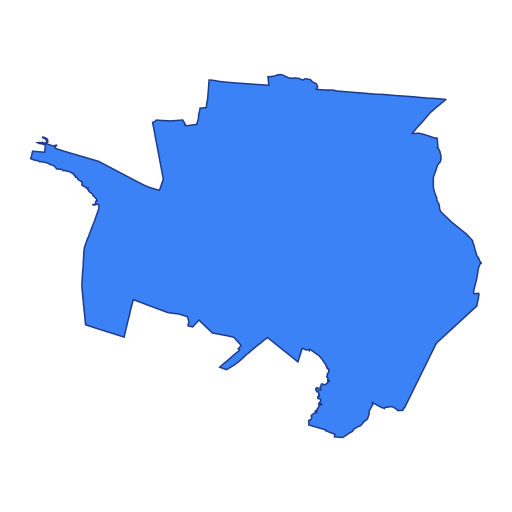 the district of Varvoru De Jos, Dolj, Romania
{"feature_id": "2599482B75592269034356", "entity_name": "Varvoru De Jos", "entity_type": "district", "adm_level": 2, "iso_a3": "ROU", "parent_name": "Romania", "parent_adm1": "Dolj", "projection": "equal_earth", "projection_center": [23.577, 44.231], "detail": "fine", "context": "isolated", "style": "filled", "palette": "blue", "viewbox_px": 512, "rotation_deg": 0, "n_neighbors": 0, "source": "geoboundaries", "source_scale": "gbopen_adm2", "svg_char_len": 5903}
<svg xmlns="http://www.w3.org/2000/svg" viewBox="0 0 512 512"><path d="M124.1,337.1L128.0,320.7L129.4,315.3L130.9,308.6L133.4,299.5L135.0,300.3L167.0,312.3L169.5,312.9L178.3,313.9L187.3,316.6L188.0,318.4L188.9,321.7L188.7,322.8L187.9,325.1L188.3,325.9L192.7,326.9L198.9,320.1L212.4,333.0L227.4,335.8L233.5,337.2L234.0,337.4L241.2,345.5L238.2,348.8L239.7,350.0L239.6,350.3L235.3,353.7L226.2,361.6L223.8,363.5L219.7,367.2L226.5,369.7L233.9,365.2L238.5,361.9L242.7,358.2L246.9,354.1L248.6,353.0L250.9,350.9L257.9,345.1L260.0,343.6L264.1,340.0L265.6,338.9L265.9,338.9L267.5,337.5L297.9,361.9L302.2,348.4L304.4,349.1L306.2,350.1L307.1,349.7L308.4,349.8L308.8,349.9L309.2,350.4L309.2,349.7L310.0,349.4L319.0,355.6L321.3,358.4L321.6,358.6L326.0,365.1L326.2,366.4L326.8,366.8L327.0,367.2L326.8,367.8L327.1,368.0L327.5,368.8L328.4,368.7L328.9,369.0L329.0,369.6L328.6,370.5L328.8,371.8L328.4,372.6L327.3,373.9L327.5,375.5L326.7,376.4L326.7,376.8L328.0,378.2L327.6,380.4L327.7,380.6L328.1,380.8L329.0,380.3L329.3,380.7L329.3,381.3L329.0,381.7L327.8,382.0L327.4,382.3L327.4,383.0L327.1,383.4L325.7,384.2L324.6,385.0L324.2,385.0L323.2,384.2L322.4,383.9L321.6,384.0L321.3,384.3L321.0,385.1L321.2,386.2L320.1,387.1L319.9,387.7L320.0,388.1L321.1,389.0L321.1,389.6L320.7,390.1L320.3,390.3L319.4,390.1L318.9,389.6L318.0,388.1L317.6,387.8L316.7,387.8L316.0,388.4L315.7,389.8L316.3,390.2L316.7,391.7L317.7,391.5L318.1,391.8L318.6,393.3L318.9,393.6L318.6,395.0L319.3,395.4L319.3,395.8L319.1,396.1L317.7,397.0L317.7,398.3L318.2,398.7L320.1,399.0L320.6,399.3L320.7,399.6L320.7,401.2L320.6,401.5L319.8,402.0L318.9,403.4L321.1,403.6L321.7,404.1L321.9,404.6L321.6,404.9L320.6,404.9L319.8,404.5L319.0,404.8L318.8,405.3L319.0,406.3L318.9,406.6L318.1,408.0L317.3,408.4L317.2,410.2L317.0,410.4L315.3,410.9L315.2,411.2L315.5,411.5L316.8,412.0L316.8,412.5L316.4,412.8L315.1,412.8L314.6,413.0L312.6,414.3L311.2,415.6L311.2,416.2L311.8,417.4L311.3,418.8L310.3,420.0L308.9,420.2L308.6,420.6L308.9,422.6L308.8,425.0L325.7,429.9L325.6,430.7L325.9,430.8L333.3,433.7L335.0,434.2L334.4,436.8L342.7,437.5L347.8,434.2L349.0,433.2L352.3,431.5L352.9,430.8L353.5,429.5L354.3,428.8L357.2,427.1L360.6,425.7L363.6,422.3L364.0,421.4L366.5,420.0L367.6,418.5L368.8,415.2L369.2,413.4L369.1,412.2L369.3,411.2L370.3,409.0L373.0,404.0L372.4,403.3L372.3,402.5L381.7,407.6L384.1,408.2L384.4,408.4L384.4,408.0L384.5,407.8L385.8,407.3L389.1,407.0L389.8,406.7L392.2,406.7L394.1,407.7L396.5,409.3L398.3,410.8L398.9,410.4L401.9,410.5L402.7,410.3L403.6,408.9L404.2,407.6L404.6,407.7L435.9,344.1L437.1,342.5L477.0,305.8L477.0,304.3L478.3,298.9L478.9,294.7L478.9,293.9L478.8,293.6L478.4,293.3L474.6,293.7L473.8,293.6L473.6,293.4L473.5,293.0L474.0,289.5L476.7,279.0L478.3,269.2L478.8,267.1L480.1,263.9L480.4,263.6L481.2,263.3L481.3,263.0L480.5,262.1L479.1,259.8L478.9,258.6L478.3,257.5L477.3,256.5L476.9,255.8L474.4,247.2L473.9,244.8L473.2,243.5L473.0,242.8L472.6,242.6L472.7,240.8L466.7,234.3L452.1,222.5L441.3,212.3L440.2,210.6L439.7,209.0L439.1,204.5L436.8,200.3L436.8,197.9L435.2,194.3L433.4,188.1L433.3,177.6L437.6,165.1L438.6,163.6L439.6,162.7L440.5,161.3L441.1,158.1L440.9,155.7L439.9,151.6L439.0,149.5L437.3,147.5L438.0,147.2L437.1,138.1L434.2,137.8L423.9,134.4L419.6,133.4L418.2,133.2L414.3,133.5L412.3,133.4L417.2,127.4L422.1,122.2L430.2,112.7L435.5,108.1L445.7,99.6L445.2,99.3L440.0,98.9L432.8,98.3L428.4,98.2L412.6,96.7L393.5,95.4L383.0,94.4L376.0,94.2L335.9,90.9L335.4,90.8L335.0,90.5L334.5,90.3L332.7,90.1L328.5,90.0L328.3,90.5L327.8,90.4L327.8,90.1L321.7,89.8L315.6,89.3L316.4,89.0L316.7,88.6L317.4,87.4L317.7,86.4L316.8,85.3L316.6,84.0L313.8,82.4L312.4,82.1L312.0,81.6L311.7,80.8L310.4,79.7L309.3,79.3L308.3,79.4L306.5,78.8L305.8,78.8L305.1,78.9L303.1,79.8L302.0,79.8L300.9,79.4L299.1,78.4L295.4,78.0L291.7,78.2L289.3,78.0L287.5,77.4L283.6,75.4L280.6,74.5L277.8,74.8L274.0,76.2L272.0,76.3L270.0,76.8L268.0,76.6L268.8,85.3L233.6,82.8L221.4,81.7L212.2,80.2L209.1,80.0L207.7,98.2L206.7,103.7L206.2,107.7L200.0,108.1L199.7,110.5L198.7,114.4L198.4,118.4L197.7,121.1L197.0,122.9L197.0,124.4L191.9,125.0L188.2,125.6L185.2,125.7L185.1,125.3L185.4,124.4L184.4,123.4L184.4,122.4L183.5,121.8L183.2,120.7L182.8,120.1L182.4,119.9L181.7,120.1L170.7,120.9L163.8,120.6L156.2,120.1L154.9,121.4L152.6,122.4L163.3,179.1L159.5,190.3L154.7,189.0L149.2,187.3L144.6,185.4L137.9,182.0L102.0,163.1L101.5,163.0L98.8,161.4L63.0,150.9L56.4,148.7L55.1,147.9L55.0,147.6L55.5,146.3L56.6,145.5L56.7,145.3L56.6,145.1L52.8,146.0L47.5,144.0L46.4,143.8L46.8,142.8L47.9,141.5L47.4,140.9L47.7,140.1L47.7,139.8L46.7,138.6L45.8,138.2L44.7,137.4L43.2,137.3L42.6,137.1L42.5,137.4L42.7,137.7L44.8,138.6L46.4,140.1L46.6,141.0L46.6,141.5L45.5,143.4L45.0,143.4L43.5,142.6L39.7,142.5L37.6,142.7L39.2,143.5L40.9,143.7L43.8,144.3L45.2,145.1L45.4,145.7L44.6,152.3L32.7,151.2L32.3,152.5L31.5,156.2L30.7,158.7L33.2,159.7L35.5,160.4L37.6,160.6L39.4,161.7L42.4,161.8L47.6,163.1L50.5,164.7L51.5,164.7L54.2,166.0L54.9,166.6L56.3,168.5L57.1,169.1L58.7,169.2L60.2,168.9L60.8,169.4L62.1,169.4L62.6,170.2L63.5,170.7L64.1,170.7L65.2,170.4L66.4,171.1L67.6,171.2L68.9,171.7L70.3,171.9L72.3,173.4L73.3,173.4L73.6,174.6L74.7,175.4L75.4,176.2L75.2,176.8L75.3,177.1L75.7,177.3L77.0,177.4L77.2,177.7L78.1,179.6L79.0,180.0L80.8,181.4L81.3,181.2L81.6,181.5L81.8,182.2L82.4,182.8L81.8,184.1L81.9,185.2L83.3,185.7L83.4,186.4L84.1,186.4L85.7,187.1L85.9,187.7L87.8,188.0L87.1,188.4L87.1,188.6L87.8,189.4L88.2,189.5L88.4,190.7L90.2,192.5L91.4,193.1L92.9,194.4L92.9,195.6L94.9,197.1L95.2,197.5L95.4,198.1L96.8,199.0L96.9,200.1L97.2,200.4L96.7,200.9L96.3,200.8L95.9,201.4L95.2,204.0L94.8,204.3L92.9,204.8L93.0,205.0L94.5,205.0L97.3,204.1L97.9,204.2L98.9,205.8L98.9,207.7L98.5,209.6L96.3,215.7L94.5,221.0L91.2,229.2L88.4,236.9L87.4,238.9L84.5,247.1L83.8,251.7L83.5,259.5L83.1,263.6L83.2,266.4L82.6,272.1L81.9,283.5L81.9,286.9L83.5,304.4L85.6,324.8L99.4,329.3L124.1,337.1Z" fill="#3b82f6" stroke="#1e3a8a" stroke-width="1.5"/></svg>